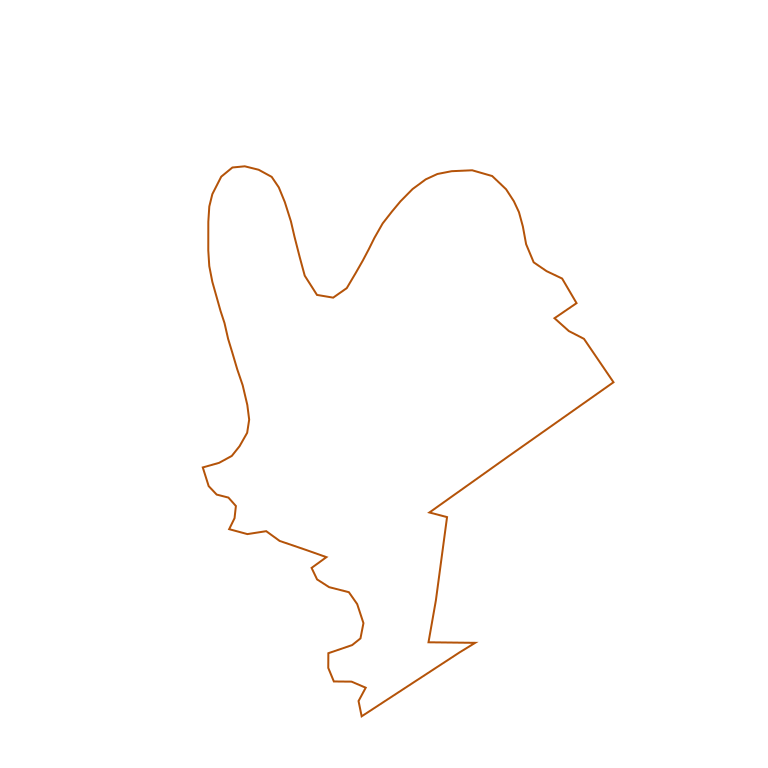 Mariano Moro, Rio Grande do Sul, Brazil (orthographic projection), rotated 325°
{"feature_id": "56859067B96204382802981", "entity_name": "Mariano Moro", "entity_type": "district", "adm_level": 2, "iso_a3": "BRA", "parent_name": "Brazil", "parent_adm1": "Rio Grande do Sul", "projection": "orthographic", "projection_center": [-52.177, -27.34], "detail": "fine", "context": "isolated", "style": "outline", "palette": "amber", "viewbox_px": 768, "rotation_deg": 325, "n_neighbors": 0, "source": "geoboundaries", "source_scale": "gbopen_adm2", "svg_char_len": 1294}
<svg xmlns="http://www.w3.org/2000/svg" viewBox="0 0 768 768"><g transform="rotate(325 384 384)"><path d="M187.7,348.4L181.8,367.1L183.5,378.6L191.4,387.8L192.7,399.0L184.6,408.2L173.9,414.1L186.0,428.6L203.1,437.0L208.5,452.7L224.8,475.0L237.5,492.8L219.2,493.1L217.1,505.7L222.5,518.9L235.8,534.4L235.8,548.9L230.0,568.1L218.8,578.9L208.2,579.6L184.0,572.6L175.5,584.6L172.3,598.9L186.7,609.2L194.8,622.3L181.3,629.1L175.1,643.4L292.1,647.2L310.2,648.3L272.3,621.1L302.3,591.1L359.3,529.2L347.5,515.3L444.7,514.6L573.0,514.2L573.7,461.7L565.8,446.7L561.4,427.9L588.1,428.2L590.4,399.8L581.9,384.8L576.4,370.2L580.6,351.0L588.1,334.6L593.1,320.7L595.2,308.8L595.7,294.5L591.9,275.7L578.8,259.5L561.5,248.5L548.2,242.6L535.5,240.3L519.2,240.7L502.3,243.8L489.4,247.3L475.0,251.7L460.0,258.8L448.8,264.9L437.5,270.7L424.6,276.8L408.5,284.1L391.9,284.1L380.2,272.6L381.2,249.8L387.7,231.8L395.2,211.9L401.0,197.5L407.1,178.1L410.6,162.6L410.8,149.9L404.2,136.6L394.8,125.8L384.0,119.7L369.6,120.8L352.3,130.0L342.7,138.4L333.1,150.4L316.6,173.9L308.5,187.2L302.0,201.8L296.2,218.4L292.0,230.4L288.3,242.6L282.2,257.6L277.7,271.4L272.2,287.8L267.5,304.0L260.0,322.8L253.1,335.9L243.9,345.5L230.0,352.1L218.1,355.6L203.7,354.0L187.7,348.4Z" fill="none" stroke="#b45309" stroke-width="2"/></g></svg>